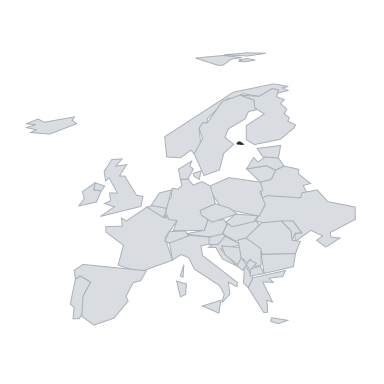 Aland highlighted on a map of Europe, rotated 357°
{"feature_id": "ALA", "entity_name": "Aland", "entity_type": "country or territory", "adm_level": 0, "iso_a3": "ALA", "parent_name": "Europe", "parent_adm1": "", "projection": "equal_earth", "projection_center": [19.994, 60.209], "detail": "fine", "context": "in_parent", "style": "filled", "palette": "slate", "viewbox_px": 384, "rotation_deg": 357, "n_neighbors": 38, "source": "natural_earth", "source_scale": "50m", "svg_char_len": 8140}
<svg xmlns="http://www.w3.org/2000/svg" viewBox="0 0 384 384"><g transform="rotate(357 192 192)"><path d="M202.4,58.4L229.7,57.3L248.7,60.3L238.1,61.4L229.9,66.8L224.7,66.9L202.4,58.4ZM293.2,95.7L281.9,98.0L283.5,94.7L277.5,92.9L264.2,100.0L247.9,96.5L241.6,101.1L232.9,100.4L211.1,119.7L210.9,123.7L206.1,123.6L202.5,128.8L203.2,146.3L196.2,154.0L193.0,150.2L182.3,157.3L168.5,155.6L167.6,135.4L238.5,94.5L279.1,88.3L293.6,91.6L287.8,92.8L293.2,95.7ZM273.0,57.3L254.8,59.1L231.3,56.7L254.3,55.9L273.0,57.3ZM262.2,63.5L252.8,64.7L245.3,64.0L248.2,63.2L245.6,62.3L254.3,61.7L262.2,63.5Z" fill="#d9dde1" stroke="#a8b0b8" stroke-width="1"/><path d="M146.0,204.7L175.6,219.7L162.6,236.4L169.0,259.0L135.4,269.3L114.4,261.1L120.8,241.6L103.9,227.4L104.1,222.1L120.8,222.4L120.1,214.3L125.0,217.4L146.0,204.7ZM175.9,275.2L180.1,264.2L178.5,276.7L175.9,275.2Z" fill="#d9dde1" stroke="#a8b0b8" stroke-width="1"/><path d="M196.2,154.0L205.3,139.3L202.5,128.8L206.1,123.6L210.9,123.7L227.1,103.0L245.2,97.8L258.7,103.4L260.8,113.2L252.6,114.7L248.8,121.7L231.6,130.9L227.8,139.1L236.1,146.5L225.9,154.8L220.5,171.4L204.8,176.2L196.2,154.0Z" fill="#d9dde1" stroke="#a8b0b8" stroke-width="1"/><path d="M285.2,170.9L299.8,175.0L299.5,179.8L310.8,189.6L303.4,191.4L306.5,198.1L300.2,203.5L261.5,201.7L260.9,185.8L271.9,183.3L276.6,174.5L285.2,170.9Z" fill="#d9dde1" stroke="#a8b0b8" stroke-width="1"/><path d="M328.5,244.3L337.3,245.7L322.7,254.0L313.9,246.7L320.2,242.8L308.8,236.5L292.2,246.9L292.8,238.5L299.5,238.6L291.1,226.2L269.7,229.0L253.9,224.0L263.9,209.8L261.5,201.7L267.1,199.6L300.2,203.5L301.9,198.5L317.1,196.5L327.1,208.7L354.1,215.6L353.7,227.8L327.8,239.7L328.5,244.3Z" fill="#d9dde1" stroke="#a8b0b8" stroke-width="1"/><path d="M260.9,185.8L262.8,194.1L259.6,195.4L264.5,207.8L257.8,219.7L221.0,209.8L210.1,192.1L210.6,186.8L229.5,179.6L260.9,185.8Z" fill="#d9dde1" stroke="#a8b0b8" stroke-width="1"/><path d="M225.2,226.2L219.5,236.7L211.5,238.5L182.4,233.6L202.2,230.9L206.3,220.7L222.6,221.4L225.2,226.2Z" fill="#d9dde1" stroke="#a8b0b8" stroke-width="1"/><path d="M253.9,224.0L257.5,227.9L248.0,239.4L233.3,243.5L220.6,235.4L225.2,226.2L253.9,224.0Z" fill="#d9dde1" stroke="#a8b0b8" stroke-width="1"/><path d="M279.5,225.5L291.1,226.2L299.5,238.6L292.8,238.5L289.6,245.5L288.5,235.7L279.5,225.5Z" fill="#d9dde1" stroke="#a8b0b8" stroke-width="1"/><path d="M289.6,245.5L297.5,247.0L292.1,258.9L259.3,258.0L243.5,240.8L259.9,226.4L279.5,225.5L288.5,235.7L289.6,245.5Z" fill="#d9dde1" stroke="#a8b0b8" stroke-width="1"/><path d="M276.6,174.5L271.9,183.3L260.9,185.8L247.8,171.8L267.7,169.6L276.6,174.5Z" fill="#d9dde1" stroke="#a8b0b8" stroke-width="1"/><path d="M280.1,162.6L285.2,170.9L276.6,174.5L267.7,169.6L247.8,171.8L255.3,160.8L259.5,165.6L268.9,159.5L280.1,162.6Z" fill="#d9dde1" stroke="#a8b0b8" stroke-width="1"/><path d="M282.9,150.2L280.1,162.6L264.6,160.6L259.3,151.9L282.9,150.2Z" fill="#d9dde1" stroke="#a8b0b8" stroke-width="1"/><path d="M210.6,186.8L214.8,205.0L199.2,210.9L206.3,220.7L202.2,230.9L171.3,229.8L175.6,219.7L167.6,218.4L164.8,211.8L165.6,199.8L170.5,197.2L172.8,187.3L178.2,188.4L182.1,185.1L181.1,178.8L188.6,178.7L193.6,185.2L202.2,182.1L210.6,186.8Z" fill="#d9dde1" stroke="#a8b0b8" stroke-width="1"/><path d="M257.6,254.9L259.3,258.0L292.1,258.9L289.3,271.9L259.7,277.1L257.6,254.9Z" fill="#d9dde1" stroke="#a8b0b8" stroke-width="1"/><path d="M280.8,325.1L271.3,328.1L263.8,325.2L264.9,321.8L280.8,325.1ZM248.3,280.9L281.2,275.3L278.2,281.1L264.3,282.1L268.5,286.5L257.9,285.5L266.7,306.1L261.0,304.0L261.4,316.0L257.4,316.1L243.1,290.5L248.3,280.9Z" fill="#d9dde1" stroke="#a8b0b8" stroke-width="1"/><path d="M248.3,280.9L243.1,290.5L238.7,285.5L240.7,266.7L248.3,280.9Z" fill="#d9dde1" stroke="#a8b0b8" stroke-width="1"/><path d="M222.6,238.0L238.7,247.4L217.6,250.5L233.1,268.3L219.0,260.4L212.8,248.6L205.6,248.1L222.6,238.0Z" fill="#d9dde1" stroke="#a8b0b8" stroke-width="1"/><path d="M183.3,230.5L187.2,238.1L169.2,243.4L162.3,239.7L167.1,230.4L183.3,230.5Z" fill="#d9dde1" stroke="#a8b0b8" stroke-width="1"/><path d="M163.3,212.1L165.1,216.6L162.3,216.1L163.3,212.1Z" fill="#d9dde1" stroke="#a8b0b8" stroke-width="1"/><path d="M165.8,207.1L162.3,216.1L146.0,204.7L159.7,202.4L165.8,207.1Z" fill="#d9dde1" stroke="#a8b0b8" stroke-width="1"/><path d="M171.6,188.7L165.8,207.1L150.5,203.3L159.4,191.3L171.6,188.7Z" fill="#d9dde1" stroke="#a8b0b8" stroke-width="1"/><path d="M71.0,272.9L76.0,269.8L86.1,276.7L77.7,290.4L79.0,302.7L72.8,312.6L66.5,312.4L68.2,301.2L64.6,297.5L71.0,272.9Z" fill="#d9dde1" stroke="#a8b0b8" stroke-width="1"/><path d="M75.5,310.5L77.7,290.4L86.1,276.7L76.0,269.8L71.0,272.9L70.2,264.1L79.3,258.6L142.3,268.3L136.1,277.9L128.4,279.6L120.6,292.9L122.6,297.5L107.4,313.9L87.1,319.8L75.5,310.5Z" fill="#d9dde1" stroke="#a8b0b8" stroke-width="1"/><path d="M101.4,186.1L96.2,197.0L78.2,200.0L84.0,192.9L82.6,186.0L95.7,177.7L94.2,184.8L101.4,186.1Z" fill="#d9dde1" stroke="#a8b0b8" stroke-width="1"/><path d="M187.8,235.1L206.9,238.0L207.4,244.8L198.1,246.3L199.2,256.0L232.5,284.7L232.0,289.0L223.6,284.0L224.5,296.1L216.1,304.0L218.8,295.7L214.8,287.1L190.4,269.2L185.2,257.3L177.8,253.9L169.0,259.0L166.8,241.8L187.8,235.1ZM196.4,306.4L215.2,301.5L212.4,314.4L196.4,306.4ZM172.0,280.1L181.6,283.6L180.2,294.0L174.9,296.1L172.0,280.1Z" fill="#d9dde1" stroke="#a8b0b8" stroke-width="1"/><path d="M188.6,178.7L181.1,178.8L179.7,168.6L193.3,161.0L191.2,166.3L194.5,169.1L188.6,178.7ZM202.0,171.3L200.0,179.9L194.7,176.2L194.1,173.5L202.0,171.3Z" fill="#d9dde1" stroke="#a8b0b8" stroke-width="1"/><path d="M101.4,186.1L94.2,184.8L95.7,177.7L105.1,181.5L101.4,186.1ZM117.6,189.2L109.9,173.4L106.4,176.5L105.3,167.0L113.6,155.4L123.9,155.3L117.1,162.1L128.2,161.3L120.3,172.2L125.7,172.6L136.4,192.4L142.8,193.7L140.2,203.7L99.2,211.6L113.7,202.8L104.1,198.8L110.2,196.7L109.6,188.6L117.6,189.2Z" fill="#d9dde1" stroke="#a8b0b8" stroke-width="1"/><path d="M78.4,110.9L76.2,114.2L80.4,117.8L52.9,126.7L33.8,124.2L39.6,121.7L30.1,119.1L39.5,116.5L29.9,115.3L42.1,111.1L48.1,114.6L78.4,110.9Z" fill="#d9dde1" stroke="#a8b0b8" stroke-width="1"/><path d="M206.9,238.0L220.6,235.4L222.6,238.0L215.3,245.8L206.1,245.4L206.9,238.0Z" fill="#d9dde1" stroke="#a8b0b8" stroke-width="1"/><path d="M283.5,94.7L281.5,101.3L288.9,104.6L285.0,108.4L291.0,114.2L288.2,118.8L293.0,122.8L291.3,126.4L299.0,130.3L297.4,133.2L282.9,144.0L256.8,147.9L248.9,142.7L249.7,128.5L268.2,117.9L259.1,111.2L258.7,103.4L245.2,97.8L264.2,100.0L277.5,92.9L283.5,94.7Z" fill="#d9dde1" stroke="#a8b0b8" stroke-width="1"/><path d="M256.5,219.2L252.7,224.7L230.1,228.8L224.7,223.7L234.1,216.3L256.5,219.2Z" fill="#d9dde1" stroke="#a8b0b8" stroke-width="1"/><path d="M214.8,205.0L228.7,210.2L235.8,216.3L210.4,223.1L200.5,216.0L199.2,210.9L214.8,205.0Z" fill="#d9dde1" stroke="#a8b0b8" stroke-width="1"/><path d="M233.8,267.0L221.6,256.4L218.9,247.4L238.6,250.2L239.0,260.0L233.8,267.0Z" fill="#d9dde1" stroke="#a8b0b8" stroke-width="1"/><path d="M256.2,269.5L259.7,277.1L245.8,279.0L246.7,271.6L256.2,269.5Z" fill="#d9dde1" stroke="#a8b0b8" stroke-width="1"/><path d="M235.5,242.4L243.5,240.8L257.9,252.3L257.2,268.4L251.5,270.1L247.0,262.2L243.7,265.7L237.7,260.3L235.5,242.4Z" fill="#d9dde1" stroke="#a8b0b8" stroke-width="1"/><path d="M242.6,267.4L238.5,272.9L233.1,268.3L237.7,260.3L242.6,267.4Z" fill="#d9dde1" stroke="#a8b0b8" stroke-width="1"/><path d="M245.7,273.1L242.6,267.4L245.9,262.6L252.6,266.7L245.7,273.1Z" fill="#d9dde1" stroke="#a8b0b8" stroke-width="1"/><path d="M242.2,144.9L242.3,144.9L242.6,144.9L243.1,145.1L243.1,145.3L243.4,145.3L243.5,145.4L243.2,145.9L242.8,145.8L242.6,145.9L242.4,145.9L242.4,146.1L242.4,146.5L241.2,146.5L240.9,146.4L240.5,145.6L240.6,145.4L240.9,145.3L241.1,145.3L241.1,145.7L241.4,145.7L241.5,145.4L241.6,145.2L241.3,145.0L241.1,144.9L241.3,144.7L241.6,144.6L241.9,144.9L242.2,144.9ZM240.5,145.9L240.5,146.0L240.3,146.0L240.2,146.0L239.9,146.1L239.8,145.9L239.9,145.6L240.3,145.5L240.5,145.9ZM245.3,146.8L244.9,146.9L244.7,146.8L244.3,146.8L244.2,146.8L244.4,146.6L244.7,146.6L245.1,146.6L245.3,146.8Z" fill="#64748b" stroke="#1e293b" stroke-width="1.5"/></g></svg>